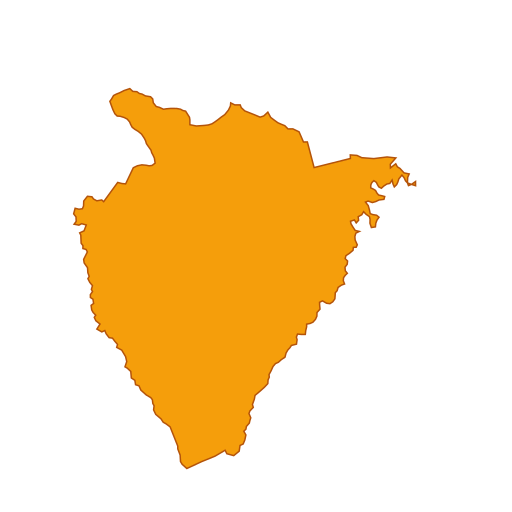 the district of Giruá, Rio Grande do Sul, Brazil, rotated 77°
{"feature_id": "56859067B21444575887211", "entity_name": "Giruá", "entity_type": "district", "adm_level": 2, "iso_a3": "BRA", "parent_name": "Brazil", "parent_adm1": "Rio Grande do Sul", "projection": "robinson", "projection_center": [-54.315, -27.993], "detail": "fine", "context": "isolated", "style": "filled", "palette": "amber", "viewbox_px": 512, "rotation_deg": 77, "n_neighbors": 0, "source": "geoboundaries", "source_scale": "gbopen_adm2", "svg_char_len": 4211}
<svg xmlns="http://www.w3.org/2000/svg" viewBox="0 0 512 512"><g transform="rotate(77 256 256)"><path d="M388.3,281.9L385.7,277.2L383.0,273.2L379.4,272.1L377.0,270.3L374.5,270.0L371.1,267.0L367.5,264.3L365.2,261.2L364.6,258.1L362.7,254.7L361.1,250.5L357.4,248.6L354.8,246.2L353.0,243.6L351.1,241.6L351.0,236.4L346.8,234.8L344.1,234.9L341.4,233.1L342.6,229.6L343.5,225.6L339.8,224.3L336.4,222.6L333.8,222.0L333.9,218.4L333.3,215.4L331.1,212.3L328.3,210.2L324.8,209.3L322.2,205.6L317.9,205.0L315.4,204.5L314.7,201.3L317.9,197.9L319.1,194.7L317.9,191.5L315.5,188.8L312.7,187.9L309.6,187.0L308.1,184.8L305.1,183.1L303.6,179.3L303.2,176.0L299.8,176.5L296.9,175.6L294.9,173.4L293.4,170.9L290.5,172.3L286.9,171.8L284.6,169.0L281.5,167.9L278.6,169.7L275.9,168.3L274.4,164.3L272.3,160.2L269.5,159.2L270.0,156.4L267.9,154.8L265.3,155.3L262.8,155.8L259.3,155.3L256.2,153.6L255.3,149.8L253.4,153.6L249.4,155.1L245.9,156.2L243.4,156.1L243.0,152.0L246.3,150.9L244.3,148.0L240.7,147.6L239.6,143.7L237.0,141.2L240.2,139.3L243.1,136.6L245.9,136.6L249.7,137.6L254.2,137.2L254.5,133.1L251.0,131.9L248.2,130.0L245.9,127.4L243.4,129.3L241.9,132.9L240.4,135.2L236.7,135.1L232.2,135.3L228.1,137.2L227.7,134.4L230.1,130.6L229.9,127.0L229.1,123.5L229.6,118.6L227.0,117.2L225.5,120.0L224.2,122.8L221.9,124.0L219.0,124.8L217.1,126.7L215.4,128.9L212.5,128.1L210.5,126.6L209.1,124.2L211.3,122.2L213.8,121.6L216.3,120.8L218.2,118.6L216.6,115.8L215.3,112.3L215.4,109.3L212.6,106.3L216.6,106.3L219.8,105.7L218.1,102.9L215.9,101.2L212.9,99.4L210.0,95.6L213.0,94.1L216.4,93.4L218.8,92.0L213.5,90.5L210.5,88.3L208.3,93.1L203.1,96.0L200.9,98.2L197.6,99.1L200.4,105.2L196.8,104.5L191.9,97.7L189.0,106.0L187.6,119.3L184.0,130.8L180.7,135.0L178.7,141.4L182.2,142.1L182.9,179.5L179.4,179.6L156.4,180.3L155.6,184.1L144.7,186.1L140.4,191.5L139.4,196.2L135.5,198.6L133.2,201.9L131.1,204.7L128.0,207.4L124.3,210.5L118.5,212.1L121.3,217.0L121.6,220.8L118.2,225.5L112.1,234.3L108.1,237.0L105.2,237.4L104.0,242.7L101.1,246.2L104.1,247.2L107.6,250.0L111.2,254.6L112.9,258.8L114.8,262.8L116.3,266.4L117.3,269.2L117.6,273.0L117.2,276.6L116.6,280.5L115.9,284.9L113.2,290.9L108.5,289.8L105.9,289.6L99.0,292.0L97.8,294.5L96.0,296.5L94.4,300.1L93.0,306.0L92.4,310.2L92.2,313.1L89.5,316.6L87.9,319.6L83.6,321.6L79.7,321.3L77.1,322.9L75.1,327.8L72.6,330.6L71.4,333.1L69.1,335.1L67.9,339.0L64.5,341.3L65.1,347.3L66.3,352.2L66.8,355.6L67.6,358.7L70.6,361.5L72.4,363.6L76.7,363.1L81.3,362.5L85.7,361.5L88.4,359.8L89.3,356.9L91.4,353.3L93.6,350.7L96.9,349.0L99.8,348.5L102.7,347.7L105.3,345.6L108.0,342.8L111.5,340.1L116.3,338.3L118.8,337.7L121.9,337.5L124.7,336.4L129.3,334.5L131.9,334.4L134.4,333.7L137.7,333.0L142.8,333.4L144.4,336.9L144.1,339.8L142.9,342.5L141.5,346.7L141.4,351.3L142.4,355.7L156.4,366.8L155.2,370.4L153.2,374.2L168.8,392.2L166.7,393.7L166.4,398.7L163.9,401.5L161.4,402.5L159.9,406.8L163.7,411.5L168.5,412.8L170.9,414.5L170.6,418.0L168.8,421.5L173.9,424.2L177.4,422.6L181.8,423.4L184.1,426.1L186.1,421.6L185.3,418.6L187.6,414.4L192.8,417.9L193.8,422.6L196.2,422.0L204.2,423.5L207.0,422.3L209.8,423.0L211.4,420.1L214.1,419.4L220.5,424.7L224.1,425.0L229.5,422.8L234.5,423.6L238.3,423.1L240.3,424.9L244.3,423.9L248.1,422.0L251.5,423.9L253.9,423.3L256.4,426.1L259.2,426.7L261.4,424.6L265.7,424.9L267.0,427.8L271.6,428.2L274.4,427.4L277.6,425.5L279.4,427.4L283.1,426.6L287.2,423.3L291.4,427.5L295.3,423.3L294.6,420.1L298.1,419.5L302.5,417.5L303.8,414.3L307.0,412.9L311.0,410.8L313.7,412.3L317.5,408.0L324.7,405.7L329.8,405.7L334.5,408.6L336.3,406.7L340.3,404.0L346.8,404.9L349.9,402.0L354.3,402.3L356.2,399.2L360.7,398.4L366.7,394.2L370.3,390.4L372.7,389.3L376.5,389.7L379.0,389.0L382.9,390.4L387.8,389.3L393.3,385.2L397.1,383.8L399.3,381.4L403.2,378.1L423.6,375.0L426.4,375.6L432.9,374.7L439.3,375.8L442.4,374.8L447.5,371.2L444.1,355.1L441.8,340.9L438.3,329.8L442.1,328.9L445.5,322.6L442.4,316.3L437.0,314.2L436.3,310.8L432.8,308.3L428.1,306.1L424.0,307.3L422.5,304.8L419.9,303.7L417.3,300.1L415.0,299.0L412.5,297.5L407.9,298.3L405.6,296.8L402.9,292.7L399.9,292.9L395.1,289.8L391.6,288.3L388.3,281.9ZM221.2,88.4L223.4,84.7L219.3,83.8L221.2,88.4ZM218.8,92.0L221.7,91.6L221.2,88.4L218.8,92.0Z" fill="#f59e0b" stroke="#b45309" stroke-width="1.5"/></g></svg>